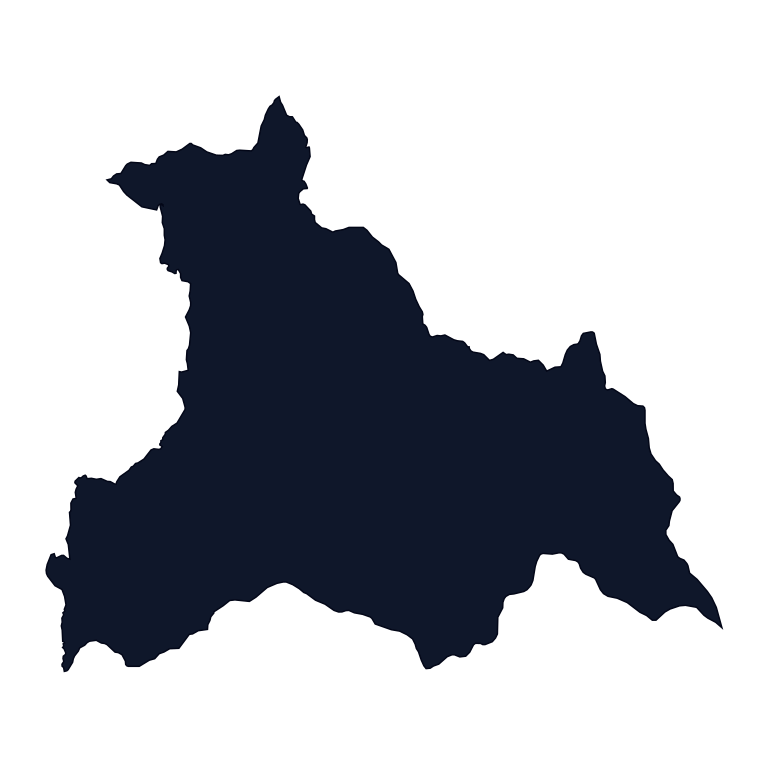 outline of Aranzazu, Caldas, Colombia
{"feature_id": "7082276B40777763958503", "entity_name": "Aranzazu", "entity_type": "district", "adm_level": 2, "iso_a3": "COL", "parent_name": "Colombia", "parent_adm1": "Caldas", "projection": "natural_earth1", "projection_center": [-75.49, 5.279], "detail": "fine", "context": "isolated", "style": "filled", "palette": "ink", "viewbox_px": 768, "rotation_deg": 0, "n_neighbors": 0, "source": "geoboundaries", "source_scale": "gbopen_adm2", "svg_char_len": 6054}
<svg xmlns="http://www.w3.org/2000/svg" viewBox="0 0 768 768"><path d="M721.9,627.7L716.3,607.4L711.7,597.7L707.3,591.4L697.1,579.4L689.6,573.1L687.9,565.6L686.9,563.6L684.0,560.1L679.7,558.3L677.7,556.7L672.9,544.4L669.1,540.2L665.9,534.6L665.8,530.2L668.9,525.6L669.4,521.1L672.1,510.7L679.3,501.7L680.0,500.2L680.0,498.4L679.5,497.0L676.5,494.9L673.2,490.9L673.1,483.4L672.2,479.6L668.2,475.9L663.0,469.9L659.2,464.1L655.5,460.7L651.0,454.0L649.2,447.8L648.4,438.5L645.9,429.2L645.0,423.3L645.0,410.3L644.5,407.7L642.9,406.1L637.6,405.7L633.3,403.6L625.1,396.7L613.2,389.1L611.8,388.7L607.6,390.0L605.4,389.0L604.6,386.0L605.3,382.6L604.9,375.9L602.6,371.2L600.4,361.2L599.9,354.5L596.4,344.2L594.2,333.2L592.6,332.0L590.9,331.9L583.3,333.4L581.5,335.8L580.0,340.8L578.4,343.4L577.4,344.1L573.9,344.6L570.3,346.5L567.3,350.1L565.3,354.6L562.8,363.1L560.9,366.8L555.0,367.2L546.7,371.1L543.2,365.1L538.4,360.3L533.7,360.9L530.4,362.2L523.7,358.8L516.9,358.3L513.2,354.9L508.8,354.2L506.1,354.6L503.1,352.4L493.3,359.3L489.5,360.4L483.8,354.7L480.5,353.4L472.9,352.1L470.9,350.9L469.2,348.3L469.2,346.9L467.6,346.8L464.6,342.8L462.7,341.4L457.4,340.8L453.9,339.8L444.9,335.0L440.9,335.9L437.1,335.5L432.5,337.0L430.3,336.3L429.0,334.4L426.7,327.4L425.1,325.3L422.8,323.9L422.3,316.5L422.9,314.4L422.3,311.8L419.2,306.7L415.7,299.2L413.0,291.0L409.0,283.5L398.6,274.7L397.7,273.2L395.9,262.5L388.9,249.3L381.5,244.9L378.6,241.9L372.4,237.1L367.0,230.3L363.3,227.4L349.0,227.4L343.2,229.6L335.3,231.0L332.9,232.2L325.9,228.7L321.7,227.9L315.2,222.5L314.5,219.6L314.5,216.0L311.6,214.1L310.8,211.1L304.9,204.8L303.0,204.1L300.6,204.6L300.0,204.1L298.2,198.5L298.7,193.4L299.9,191.7L303.3,188.8L307.2,188.5L307.4,188.0L305.8,183.9L304.1,181.3L302.2,180.7L301.8,179.4L306.5,164.9L310.1,156.6L309.4,147.9L309.0,147.0L306.3,147.7L305.7,147.1L307.1,142.7L307.3,139.6L306.8,137.9L304.4,135.4L302.7,129.9L298.8,124.2L297.0,122.4L295.9,122.3L292.4,116.8L289.4,116.7L286.6,115.2L282.5,105.2L280.6,102.2L279.1,96.6L275.4,99.4L274.3,100.9L274.0,102.5L272.1,105.0L270.0,106.3L268.3,108.9L265.4,115.1L264.3,119.6L261.2,126.0L257.9,143.0L253.9,147.5L252.8,149.7L251.3,150.9L239.6,150.2L236.7,150.5L231.7,153.7L228.6,154.8L225.2,154.4L222.9,155.4L216.4,155.2L206.8,151.9L200.7,147.8L192.9,145.0L191.2,143.5L189.8,143.5L182.1,149.2L176.2,151.9L167.9,151.4L163.7,155.1L159.2,156.9L157.4,159.3L155.8,163.5L151.6,163.7L149.7,165.4L144.7,164.6L141.4,163.0L130.9,162.3L127.2,164.1L125.7,165.7L120.9,173.5L116.6,173.9L113.5,176.0L111.3,178.8L107.0,179.9L109.8,182.6L116.6,183.8L119.4,185.0L123.6,191.5L126.9,195.1L141.9,206.8L156.6,209.9L158.2,205.5L159.2,204.5L161.4,203.7L163.0,204.7L163.1,205.7L161.5,204.6L160.2,204.8L160.2,206.9L162.6,216.3L162.3,222.6L164.3,228.7L164.3,235.3L165.1,239.8L164.5,245.6L162.1,253.3L159.9,258.5L160.6,262.7L161.9,263.6L164.7,263.2L168.5,264.7L168.8,266.3L167.3,268.2L167.3,269.5L168.1,270.6L172.0,271.9L174.7,273.5L176.0,273.3L176.2,270.5L176.9,269.7L178.3,269.5L180.6,273.6L180.6,277.4L182.0,280.6L188.0,281.7L190.6,283.6L190.2,290.8L189.2,296.0L190.7,302.5L190.6,305.8L189.2,309.9L185.5,317.0L189.3,326.1L190.7,332.7L189.5,345.2L188.4,348.7L187.0,350.5L186.6,356.3L186.4,359.8L187.4,363.6L188.2,370.3L181.5,372.1L179.3,371.6L178.7,384.9L177.3,391.3L182.7,398.4L185.1,407.2L185.1,409.4L177.0,423.1L171.8,426.4L168.4,430.3L165.4,432.4L165.2,434.3L162.8,437.6L162.6,439.8L160.9,440.7L160.9,442.5L159.8,444.0L159.9,445.0L162.2,446.5L160.7,448.9L158.8,449.4L153.8,448.8L151.0,450.0L143.9,459.1L138.0,462.9L135.5,463.5L133.3,466.2L131.3,467.0L129.0,470.3L119.9,476.8L116.8,481.7L116.0,484.1L115.0,484.2L110.3,481.6L107.3,481.4L101.0,478.6L96.4,479.3L91.4,478.3L87.1,478.7L86.1,476.0L85.2,475.2L83.2,476.0L81.5,477.6L80.0,478.0L78.9,477.5L75.1,481.2L74.9,482.8L77.8,485.8L76.1,489.2L75.3,492.3L76.1,497.6L75.9,498.4L73.0,499.0L70.9,503.1L71.0,509.6L70.6,511.3L69.5,512.3L70.5,525.2L67.5,535.9L66.0,538.8L68.3,544.5L69.9,559.2L67.0,558.3L63.6,555.4L61.7,555.4L56.5,557.9L55.3,557.2L54.2,553.7L51.1,554.7L47.2,564.5L46.1,570.1L46.5,573.5L47.7,576.2L55.0,585.7L62.0,589.5L64.6,596.5L66.0,604.9L64.3,609.3L64.8,611.2L62.9,612.8L63.7,614.9L61.9,618.1L62.2,622.2L61.3,625.9L62.2,630.1L62.7,641.4L64.0,641.9L64.7,643.0L63.2,643.8L63.7,646.2L62.6,647.5L64.0,648.7L65.7,652.7L65.6,654.3L63.3,656.2L63.0,658.5L63.8,661.5L62.0,664.2L62.1,666.2L63.6,667.5L64.3,671.4L66.8,670.8L68.1,669.7L72.6,662.3L73.3,658.8L74.6,655.9L78.3,651.1L79.7,647.9L84.7,645.2L87.1,642.6L89.5,641.2L96.3,640.3L101.3,643.0L104.7,643.5L107.0,644.6L115.0,652.1L118.3,652.6L122.0,654.7L125.4,661.1L125.7,664.5L126.8,665.8L128.2,666.3L139.3,666.3L149.3,660.2L154.7,658.7L159.2,653.7L164.0,652.0L169.7,648.7L178.9,648.3L189.3,634.3L192.6,633.9L198.2,630.7L207.5,629.4L207.8,624.7L209.9,620.5L210.8,616.8L213.8,613.1L213.9,611.8L223.2,605.7L229.7,600.5L234.9,599.9L249.4,601.4L255.9,597.2L267.2,587.5L277.0,583.3L283.1,582.0L286.3,582.0L292.7,584.6L299.3,588.7L303.8,592.5L306.6,593.6L315.5,600.2L325.1,604.2L334.0,610.4L338.6,612.0L342.0,611.9L345.8,610.6L348.9,610.4L354.3,612.8L362.6,614.3L370.3,617.0L372.0,618.5L375.2,624.0L391.4,629.7L399.6,631.1L407.0,634.7L412.6,638.9L415.2,644.2L416.4,648.5L418.5,651.8L421.3,660.1L423.9,665.8L426.1,668.6L430.2,668.2L433.5,666.0L438.8,664.1L447.2,656.7L451.9,654.8L454.5,654.8L459.8,656.9L465.7,656.2L469.7,652.2L473.5,644.8L475.4,643.3L480.6,643.4L482.8,644.6L485.0,644.6L492.3,641.7L495.5,638.0L497.4,634.0L497.8,617.3L502.7,607.9L502.9,602.4L504.2,598.6L505.9,596.4L509.3,594.4L513.9,593.9L523.8,591.5L527.0,589.7L529.7,586.7L531.1,584.9L532.9,580.4L535.2,566.5L536.7,561.4L539.6,555.3L540.9,554.1L542.9,553.4L552.4,554.1L559.0,552.8L561.5,552.9L564.0,554.1L568.4,559.2L575.5,560.5L577.8,561.8L579.2,563.7L580.6,568.2L583.2,572.3L585.8,574.2L594.5,578.0L595.7,579.5L600.4,589.7L603.5,593.6L608.0,596.3L617.2,598.2L627.3,602.6L640.0,612.3L646.6,615.5L652.3,620.2L656.0,620.2L664.9,612.0L670.1,609.0L679.6,605.8L685.5,605.3L696.6,607.3L703.9,615.2L707.8,618.1L715.7,622.3L721.9,627.7Z" fill="#0f172a" stroke="#020617" stroke-width="1.5"/></svg>